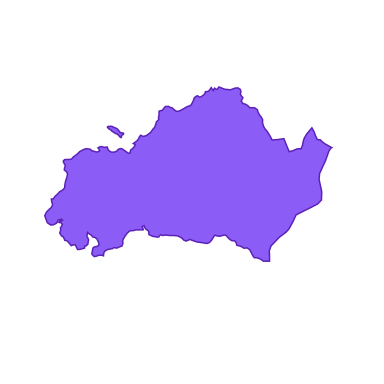 Pitas, Sabah, Malaysia, rotated 250°
{"feature_id": "92858781B47215785880739", "entity_name": "Pitas", "entity_type": "district", "adm_level": 2, "iso_a3": "MYS", "parent_name": "Malaysia", "parent_adm1": "Sabah", "projection": "robinson", "projection_center": [117.152, 6.731], "detail": "fine", "context": "isolated", "style": "filled", "palette": "violet", "viewbox_px": 384, "rotation_deg": 250, "n_neighbors": 0, "source": "geoboundaries", "source_scale": "gbopen_adm2", "svg_char_len": 4679}
<svg xmlns="http://www.w3.org/2000/svg" viewBox="0 0 384 384"><g transform="rotate(250 192 192)"><path d="M185.9,338.5L191.7,333.5L194.7,331.5L197.2,330.4L198.4,327.7L202.4,327.3L207.0,327.3L211.3,326.6L209.1,322.8L207.3,319.7L204.2,315.9L202.1,314.2L198.1,311.8L195.3,309.3L196.0,307.6L196.6,305.2L196.3,301.0L196.6,297.2L200.9,296.9L210.7,296.6L211.9,290.7L213.4,285.1L218.0,284.5L223.2,283.4L226.9,282.0L230.3,281.7L233.1,282.0L235.8,283.1L238.6,282.7L241.6,281.7L244.9,281.4L246.8,281.6L249.6,279.8L250.7,277.4L251.3,275.2L254.1,273.9L256.0,272.5L257.8,270.1L260.7,269.4L262.3,271.2L263.3,272.1L265.6,271.2L267.8,271.0L269.4,272.3L271.9,272.5L274.1,270.8L274.9,268.1L274.9,263.0L277.4,257.9L278.6,256.4L280.4,254.6L281.5,253.1L280.0,251.1L280.2,249.8L281.9,248.7L280.9,247.5L280.0,246.7L282.1,246.0L283.5,245.8L281.1,242.2L281.1,241.1L281.7,238.9L280.4,238.0L279.4,236.7L279.0,235.2L278.4,233.2L278.6,231.4L280.4,230.3L280.6,228.8L279.8,226.5L278.4,225.2L277.4,224.6L274.3,221.2L273.7,219.2L273.9,217.5L273.7,215.3L273.1,212.8L272.9,210.8L272.5,208.6L272.5,206.9L273.1,205.1L274.7,203.8L276.4,202.9L278.0,202.0L279.0,200.4L280.4,199.3L281.5,196.2L280.6,194.7L278.8,191.8L279.2,190.3L279.2,188.7L278.2,188.3L275.6,187.4L274.7,186.7L273.3,185.9L271.5,185.6L270.0,182.5L268.4,181.4L266.8,180.1L265.4,178.8L264.7,177.2L263.3,175.2L262.1,173.3L260.7,168.8L260.7,166.4L261.1,164.9L262.9,163.1L261.7,161.3L260.3,160.0L259.0,158.0L257.6,153.4L256.2,154.9L254.9,154.0L253.1,151.1L252.7,149.2L251.3,147.8L249.9,147.4L250.1,145.6L251.9,144.3L252.3,143.9L253.9,143.0L254.9,142.1L256.4,141.2L257.4,139.4L257.2,137.0L256.2,135.5L256.0,133.2L256.4,131.5L257.2,129.7L258.6,128.6L260.1,127.7L263.3,127.7L263.5,126.6L263.9,125.1L265.8,122.2L266.0,120.9L265.6,118.7L264.7,119.3L262.3,119.3L261.9,116.9L262.5,115.6L265.2,111.8L267.0,111.1L268.0,109.1L269.0,107.2L269.0,104.5L268.4,100.3L267.0,97.4L266.2,95.0L265.6,92.6L264.1,89.9L264.7,87.3L265.4,85.5L266.0,83.3L265.0,81.5L263.1,81.5L260.1,82.0L258.4,80.6L256.4,79.5L254.1,80.9L251.7,81.3L248.6,79.5L246.0,77.3L244.3,76.2L241.7,74.7L239.5,73.8L238.0,70.9L237.8,69.1L237.4,67.4L236.2,65.4L234.8,61.9L232.9,59.2L233.5,57.4L230.3,56.8L228.2,56.8L226.8,55.9L225.6,54.6L224.6,51.9L222.9,48.4L221.5,47.0L220.1,45.5L215.0,45.5L212.7,45.5L209.3,47.9L208.6,50.6L209.0,53.9L210.1,55.2L211.7,57.0L210.9,58.5L211.3,59.9L209.7,60.7L209.5,59.2L209.9,57.7L209.0,56.5L207.8,58.5L205.6,59.0L204.2,57.4L203.3,56.1L201.9,55.9L200.3,55.0L198.8,53.7L195.4,54.3L193.8,55.7L191.9,55.9L190.1,55.9L188.9,57.9L185.6,59.2L182.9,60.1L182.9,62.1L182.5,64.1L180.9,64.5L179.7,64.5L177.0,64.9L176.4,67.2L176.2,69.6L176.0,71.8L177.8,72.7L177.6,74.2L178.5,76.2L180.1,77.1L182.3,78.4L184.8,78.4L186.2,78.0L189.7,80.0L188.4,80.6L186.6,82.2L183.5,83.5L182.5,85.3L180.3,86.6L175.4,87.0L173.6,85.9L173.4,83.7L173.8,81.5L173.3,79.8L168.2,76.7L167.2,76.9L164.8,78.0L164.4,79.8L164.4,83.3L163.2,85.9L162.3,87.0L163.8,87.7L165.0,88.4L166.2,89.7L166.8,92.8L166.4,95.7L166.0,97.7L166.4,99.9L165.0,102.1L165.2,104.9L165.2,107.6L167.2,109.4L168.7,110.0L169.7,110.0L171.3,111.4L172.9,113.3L174.2,115.1L175.6,117.3L176.8,120.4L175.8,123.5L175.6,126.4L174.6,128.8L173.2,133.2L174.4,133.5L176.6,133.2L176.8,135.5L174.8,135.5L173.1,135.7L171.9,136.6L170.5,137.7L168.7,137.7L168.0,137.2L166.6,137.0L163.8,139.9L161.7,143.6L161.1,145.2L162.1,146.7L162.5,148.1L161.1,149.6L160.9,151.4L160.3,153.1L158.9,155.8L157.7,159.1L155.6,163.7L152.3,166.6L149.5,167.9L147.9,169.7L148.1,174.1L147.0,175.0L145.4,177.0L143.6,179.2L138.5,188.5L138.5,190.5L139.1,192.3L140.3,194.3L142.1,196.5L143.6,198.7L142.4,200.2L141.1,202.4L140.7,204.9L140.5,208.0L138.9,209.5L136.8,210.2L134.8,211.1L132.6,212.8L131.5,215.5L128.9,216.1L126.6,215.9L124.8,218.6L122.8,220.6L121.3,221.7L120.7,224.6L118.1,226.5L111.1,227.4L108.9,228.1L108.1,230.3L105.6,233.4L102.6,235.4L100.5,241.2L106.3,243.3L110.3,244.5L114.3,247.8L119.6,258.6L122.2,266.9L124.1,270.5L129.7,276.8L134.9,282.0L136.1,292.0L136.8,298.5L137.8,306.0L140.2,310.9L147.9,314.0L160.3,315.7L165.7,318.2L170.9,323.3L175.7,328.1L183.7,334.7L185.8,337.7L185.9,338.5ZM270.8,147.7L271.7,146.0L272.5,145.0L273.3,144.6L275.0,144.1L276.4,143.6L277.7,142.7L278.5,141.8L279.6,140.6L280.0,140.1L280.6,139.8L281.7,138.0L281.6,137.2L282.0,136.6L282.3,135.8L282.2,135.2L281.9,134.7L280.6,135.1L279.5,135.6L278.7,136.4L278.3,136.8L277.5,137.2L276.7,137.4L275.9,138.0L275.3,138.5L274.7,139.0L273.4,139.9L272.7,140.6L272.2,141.4L271.7,141.7L271.0,142.1L270.3,142.4L269.6,142.7L268.9,143.0L268.0,143.3L267.4,143.9L267.5,144.3L268.0,144.6L268.6,144.8L269.1,145.1L269.4,145.7L269.5,146.8L269.8,147.4L270.2,147.7L270.8,147.7Z" fill="#8b5cf6" stroke="#5b21b6" stroke-width="1.5"/></g></svg>